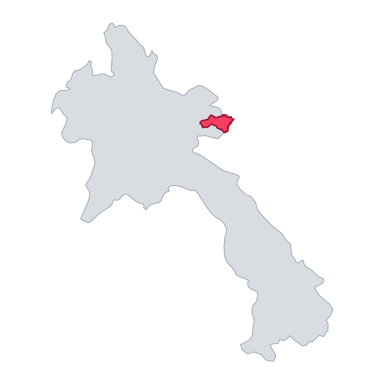 Xamtay, Houaphan, Laos shown in context
{"feature_id": "54806243B53408209397741", "entity_name": "Xamtay", "entity_type": "district", "adm_level": 2, "iso_a3": "LAO", "parent_name": "Laos", "parent_adm1": "Houaphan", "projection": "mercator", "projection_center": [104.808, 19.985], "detail": "fine", "context": "in_parent", "style": "filled", "palette": "rose", "viewbox_px": 384, "rotation_deg": 0, "n_neighbors": 0, "source": "geoboundaries", "source_scale": "gbopen_adm2", "svg_char_len": 7415}
<svg xmlns="http://www.w3.org/2000/svg" viewBox="0 0 384 384"><path d="M126.3,27.7L128.4,31.6L138.1,42.0L139.8,44.8L143.3,46.9L146.3,56.1L147.5,56.7L149.2,56.0L150.4,54.7L151.4,51.2L152.1,50.8L153.2,53.7L155.9,54.6L157.1,55.9L157.4,58.1L157.0,60.4L154.7,65.6L153.4,72.6L162.8,87.6L166.8,89.6L176.3,92.1L182.7,95.4L185.7,94.6L188.5,90.9L191.9,88.8L198.3,85.6L200.1,85.4L203.6,86.7L209.4,90.4L218.1,97.4L217.8,99.2L216.3,101.0L211.6,103.8L210.1,105.6L211.0,106.2L214.9,106.7L219.5,108.2L220.9,110.1L221.7,114.2L222.5,115.0L226.7,114.5L228.0,115.1L229.6,116.4L231.1,119.9L231.0,122.4L226.8,127.0L226.3,129.7L224.1,132.9L218.3,138.3L216.8,138.6L206.1,135.7L197.5,136.1L196.8,137.2L198.3,140.5L198.7,143.7L197.4,146.2L192.5,149.4L192.3,150.8L193.3,152.2L200.4,155.1L223.1,170.6L233.5,173.6L238.0,175.5L239.2,176.6L239.2,178.0L238.0,179.7L237.0,182.7L236.9,184.6L238.0,186.3L239.8,188.9L246.2,194.8L250.9,196.2L255.7,202.9L257.2,208.8L259.6,212.6L271.4,225.2L281.2,233.0L287.1,241.4L289.9,243.3L290.8,246.3L291.6,255.1L295.0,259.5L295.7,261.3L297.2,262.6L298.8,262.9L302.3,260.0L303.0,260.4L304.5,265.0L305.9,266.7L311.1,269.6L316.7,275.2L319.6,277.2L323.3,278.8L323.9,280.6L323.2,282.4L322.0,283.5L315.6,286.8L314.7,288.2L319.0,295.3L329.6,304.1L332.9,309.4L332.2,311.9L329.3,317.1L327.1,318.5L326.5,320.1L328.1,324.3L327.9,330.7L325.9,332.3L324.0,336.2L322.7,336.5L319.5,335.1L312.6,341.8L309.7,341.5L306.2,345.3L301.8,345.8L298.7,343.0L292.2,338.4L289.9,335.6L287.8,338.1L284.4,340.4L279.6,339.6L278.3,343.0L277.3,343.6L271.4,344.1L270.3,344.7L271.3,347.8L274.7,353.0L275.8,356.0L273.6,361.0L267.6,360.8L264.8,358.8L261.4,354.6L253.6,351.9L248.4,353.8L246.8,353.7L242.9,350.2L241.5,347.9L240.6,344.6L246.5,341.8L249.5,339.7L251.5,337.5L252.3,335.1L253.3,325.4L254.2,321.9L253.7,317.7L252.1,314.4L252.1,309.4L252.9,305.3L255.2,303.3L256.8,300.4L257.7,293.8L257.0,292.2L254.8,290.5L251.0,289.0L248.7,287.1L247.7,284.8L247.8,282.7L248.9,281.0L246.1,279.0L239.3,276.8L235.5,274.3L234.7,271.2L231.9,267.3L227.0,262.3L224.4,255.3L224.1,246.0L224.7,238.5L226.9,229.7L224.0,223.4L220.9,220.1L216.5,217.6L212.3,214.1L208.4,209.5L203.7,202.7L198.2,193.7L194.5,189.7L192.6,190.7L188.6,189.8L182.5,187.2L177.2,185.8L172.7,185.6L169.7,186.2L168.4,187.6L168.2,188.9L169.4,190.3L168.8,191.3L166.4,192.1L164.5,193.6L162.4,196.8L160.9,201.2L158.6,202.8L155.2,203.2L151.7,204.4L148.4,206.5L146.8,208.1L147.0,209.2L146.3,209.4L144.6,208.8L143.8,207.4L143.9,205.2L142.2,203.6L138.7,202.9L134.7,200.5L127.1,194.3L125.3,194.0L122.8,195.6L119.6,199.1L116.9,200.4L114.8,199.7L113.1,201.0L112.0,204.1L109.9,206.6L99.6,213.3L90.4,221.9L88.1,222.7L82.5,220.3L80.7,218.6L88.4,201.0L89.5,196.7L89.3,191.0L86.0,186.3L85.9,184.9L86.4,183.4L90.3,177.9L94.9,163.7L94.6,159.3L92.6,154.5L91.5,149.9L92.4,143.6L92.1,141.1L89.9,139.9L82.9,138.6L78.8,139.7L76.9,141.4L74.6,142.5L70.1,143.0L66.0,140.9L62.5,137.3L61.6,132.9L66.0,123.3L67.1,119.6L66.9,117.9L66.2,116.1L65.1,115.8L62.9,113.6L60.7,109.6L58.6,107.8L56.7,108.1L54.9,109.6L52.0,113.4L51.1,112.9L53.6,99.7L56.1,94.0L58.9,91.4L62.0,90.3L65.2,90.7L67.9,90.2L70.0,88.9L69.9,88.1L67.3,87.9L66.3,86.4L66.8,83.5L67.9,81.7L69.7,80.9L71.4,78.0L73.0,73.2L75.0,70.7L77.4,70.6L81.4,68.6L87.2,64.4L89.3,60.5L91.5,62.3L90.7,66.9L91.8,67.9L92.4,69.5L92.1,72.1L92.5,74.3L93.4,75.3L94.7,75.9L100.7,74.0L104.4,73.9L110.5,77.2L114.1,74.7L114.1,73.8L111.2,70.6L112.1,58.9L111.7,50.0L106.7,43.5L105.7,40.8L105.2,36.5L103.8,32.8L107.3,29.8L109.3,24.4L111.8,23.0L112.6,23.2L115.6,27.4L119.5,25.3L122.5,25.3L125.0,26.4L126.3,27.7Z" fill="#d9dde1" stroke="#a8b0b8" stroke-width="1"/><path d="M201.8,125.1L202.6,127.4L202.8,127.4L203.0,127.5L203.6,127.3L203.7,127.2L204.0,127.0L204.7,127.1L205.2,127.2L205.8,127.3L206.5,127.3L207.0,127.2L207.5,127.1L208.3,126.6L208.5,126.2L209.2,125.9L209.9,125.4L210.2,125.2L210.6,124.6L210.9,124.2L211.8,123.9L212.3,123.9L212.5,123.9L212.6,124.2L212.9,124.4L213.0,124.7L214.0,125.5L214.3,125.5L214.8,125.6L215.1,125.5L215.3,125.5L215.6,125.4L215.9,125.8L216.2,126.0L216.5,126.1L216.7,127.0L216.9,127.5L217.1,127.8L217.6,128.1L217.9,128.2L218.2,128.3L218.3,128.4L218.4,128.5L218.5,128.6L218.8,128.6L219.2,128.8L219.4,128.9L219.7,129.1L219.8,129.1L219.8,129.3L220.1,129.5L220.4,129.3L220.5,129.1L220.9,129.0L221.1,129.0L221.3,129.1L221.5,129.1L221.9,129.3L221.9,129.5L221.9,129.8L222.0,129.9L222.0,130.0L221.9,130.2L222.2,130.4L222.3,130.6L222.7,130.8L222.9,131.0L223.1,131.2L223.2,131.3L223.3,131.5L223.5,132.1L224.0,132.2L224.3,132.3L224.5,132.4L224.6,132.5L224.9,132.6L225.0,132.6L225.0,132.4L224.9,132.2L225.0,132.1L225.3,132.1L225.7,131.7L225.9,131.7L226.0,131.7L226.4,131.7L226.5,131.7L226.8,131.6L226.9,131.8L227.1,131.7L227.3,131.7L227.5,131.5L227.6,131.3L227.6,131.1L227.7,130.8L227.6,130.7L227.6,130.4L227.6,130.2L227.8,129.8L228.0,129.7L228.1,129.4L227.9,129.3L227.8,129.1L227.7,129.2L227.6,128.9L227.7,128.7L227.8,128.7L228.0,128.5L228.1,128.3L228.1,128.2L228.0,127.9L227.9,127.9L227.8,127.7L227.8,127.4L227.9,127.1L228.0,127.1L227.9,126.9L228.0,126.9L228.2,126.7L227.9,126.6L227.9,126.4L227.9,126.1L228.0,126.0L228.1,125.9L228.3,125.7L228.6,125.4L228.6,125.5L228.6,125.4L228.8,125.3L228.9,125.2L229.0,125.2L229.3,125.1L229.5,125.1L229.7,124.9L229.8,124.9L230.0,124.6L230.3,124.2L230.4,123.8L230.4,123.7L230.5,123.6L230.6,123.4L230.8,123.3L230.7,123.2L230.6,123.3L230.4,123.1L230.5,123.1L230.6,122.9L230.8,122.8L230.7,122.7L231.0,122.3L231.0,122.2L231.2,121.8L231.3,121.7L231.5,121.5L231.8,121.4L232.0,121.3L232.2,121.2L232.3,121.1L232.4,120.9L232.5,120.8L232.7,120.7L232.8,120.6L232.7,120.5L232.7,120.4L232.8,120.1L233.0,119.9L233.2,119.7L233.3,119.6L233.5,119.4L233.2,119.4L232.9,119.3L232.8,119.2L232.7,119.3L232.6,119.2L232.4,119.2L232.2,119.0L232.3,118.7L232.1,118.7L231.9,118.5L231.9,118.4L231.7,118.3L231.4,118.2L231.2,118.0L231.1,117.9L230.9,117.6L231.0,117.6L230.9,117.6L230.8,117.4L231.1,117.2L231.1,116.9L230.8,116.9L230.7,117.0L230.4,117.0L230.2,117.2L229.9,117.3L229.6,117.3L229.4,117.4L229.2,117.5L229.1,117.4L228.9,117.5L228.5,117.5L228.4,117.5L228.3,117.3L228.2,117.3L228.1,117.2L227.9,117.3L227.8,117.2L227.7,117.0L227.6,116.9L227.5,117.0L227.4,117.0L227.2,116.8L227.1,116.7L227.0,116.4L226.8,116.3L226.7,116.2L226.4,116.0L226.3,115.9L226.1,115.9L226.1,115.7L225.9,115.6L225.7,115.5L225.6,115.4L225.5,115.5L225.5,115.4L225.4,115.4L225.1,115.2L225.0,115.3L224.8,115.2L224.7,115.2L224.6,115.3L224.5,115.2L224.5,115.3L224.2,115.2L223.9,115.2L223.7,115.1L223.4,115.2L223.2,115.2L222.9,115.0L222.8,114.9L222.7,114.9L222.4,115.1L222.3,115.6L222.5,115.7L222.7,116.1L222.5,116.3L222.0,116.4L221.2,116.2L221.1,116.3L220.1,116.3L219.8,116.7L219.5,116.7L219.3,116.9L219.0,117.0L218.6,116.9L218.6,117.0L217.9,117.3L217.8,117.5L217.7,117.6L217.4,117.6L217.2,117.5L216.6,117.4L216.4,117.4L216.2,117.5L215.6,117.6L215.2,117.5L214.9,117.5L214.6,117.5L214.5,117.4L214.4,117.3L214.5,117.1L214.5,116.9L214.4,116.7L213.7,116.8L213.2,116.7L213.1,116.0L212.4,115.6L211.9,115.5L210.8,115.3L210.9,115.6L210.9,115.8L210.6,116.1L210.3,116.3L209.9,116.5L209.6,116.7L209.5,116.8L209.3,117.1L208.7,118.2L208.4,118.7L208.1,119.0L207.5,119.4L206.9,119.6L206.4,119.8L204.3,120.3L203.5,120.5L203.0,120.5L202.6,120.6L202.3,120.6L202.2,120.7L201.9,120.9L201.7,120.9L201.5,121.0L201.1,121.3L200.8,121.7L200.4,122.1L200.3,122.4L200.2,122.8L200.1,123.0L200.1,123.3L200.1,123.5L200.5,123.6L200.7,123.8L201.3,124.0L201.5,124.8L201.8,125.1Z" fill="#f43f5e" stroke="#9f1239" stroke-width="1.5"/></svg>